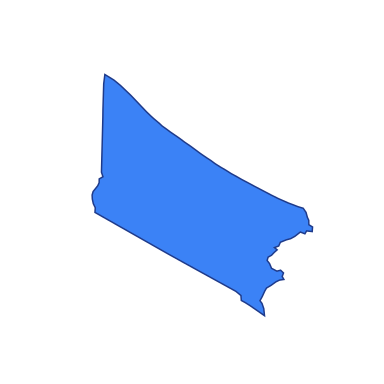 Pirambu, Sergipe, Brazil (orthographic projection), rotated 247°
{"feature_id": "56859067B46148324219241", "entity_name": "Pirambu", "entity_type": "district", "adm_level": 2, "iso_a3": "BRA", "parent_name": "Brazil", "parent_adm1": "Sergipe", "projection": "orthographic", "projection_center": [-36.821, -10.66], "detail": "fine", "context": "isolated", "style": "filled", "palette": "blue", "viewbox_px": 384, "rotation_deg": 247, "n_neighbors": 0, "source": "geoboundaries", "source_scale": "gbopen_adm2", "svg_char_len": 1283}
<svg xmlns="http://www.w3.org/2000/svg" viewBox="0 0 384 384"><g transform="rotate(247 192 192)"><path d="M128.7,289.0L133.6,288.0L137.0,283.9L140.9,279.9L144.3,276.3L152.3,268.8L158.5,263.5L166.7,256.8L172.9,251.7L179.4,246.5L183.9,242.8L188.0,239.7L193.7,235.2L198.8,231.7L204.3,227.6L209.1,224.3L213.7,221.6L217.4,219.1L221.9,216.2L225.1,214.2L234.5,208.7L240.9,204.6L246.3,201.5L252.9,197.3L255.7,195.5L260.0,193.0L264.4,190.3L267.4,189.0L274.6,185.4L278.5,183.6L283.7,181.4L304.5,173.6L318.0,167.8L325.5,163.9L334.2,157.7L326.1,153.0L319.8,150.1L302.8,142.3L295.3,139.0L245.6,116.4L240.8,116.0L240.3,111.7L236.9,110.2L234.6,107.7L232.8,104.4L231.1,101.2L228.3,98.9L224.5,97.5L219.8,96.6L215.3,96.8L211.1,94.7L144.6,145.6L130.1,156.9L83.5,193.5L77.6,196.6L72.9,195.0L69.5,197.7L64.6,201.1L49.8,210.4L56.6,212.5L62.1,212.9L65.4,212.1L68.3,215.8L72.4,220.3L74.5,223.1L75.2,228.4L76.5,234.1L76.7,238.1L75.6,242.4L79.0,242.0L81.7,244.6L85.4,243.0L86.0,239.2L90.7,235.4L95.9,235.4L99.6,234.4L102.3,236.6L102.7,240.5L104.3,244.2L105.5,247.8L108.6,246.2L108.4,250.7L111.2,253.7L111.1,260.2L110.5,264.5L111.0,269.4L112.8,276.1L109.4,279.6L111.4,282.3L108.6,287.2L112.7,289.3L116.2,286.8L120.3,288.4L123.6,288.3L128.7,289.0Z" fill="#3b82f6" stroke="#1e3a8a" stroke-width="1.5"/></g></svg>